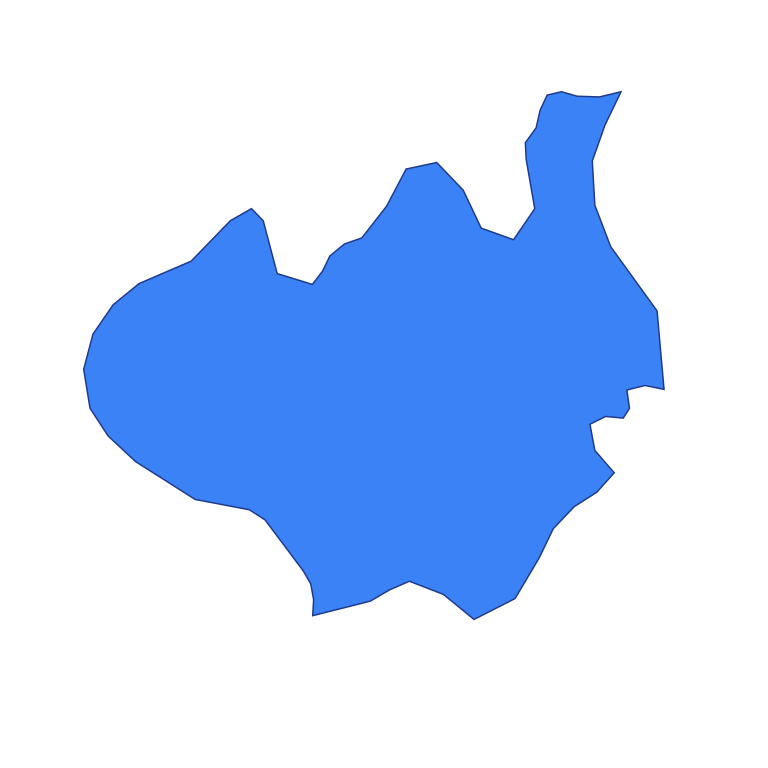 outline of Cəlilabad, rotated 348°
{"feature_id": "AZE-1700", "entity_name": "Cəlilabad", "entity_type": "District", "adm_level": 1, "iso_a3": "AZE", "parent_name": "Azerbaijan", "parent_adm1": "", "projection": "albers", "projection_center": [48.489, 39.203], "detail": "fine", "context": "isolated", "style": "filled", "palette": "blue", "viewbox_px": 768, "rotation_deg": 348, "n_neighbors": 0, "source": "natural_earth", "source_scale": "10m", "svg_char_len": 949}
<svg xmlns="http://www.w3.org/2000/svg" viewBox="0 0 768 768"><g transform="rotate(348 384 384)"><path d="M266.1,595.8L270.3,580.4L270.8,564.4L266.1,549.9L239.4,492.2L226.1,479.0L175.3,457.7L124.8,408.2L103.3,377.4L91.4,346.6L93.3,307.2L109.7,274.7L135.5,250.2L165.4,234.8L221.0,223.7L267.7,192.3L290.8,184.9L299.8,199.2L302.5,253.8L334.6,271.7L347.4,260.8L357.7,247.5L374.4,238.8L392.7,236.5L423.6,210.5L450.4,178.3L481.6,178.3L501.8,210.9L511.5,251.8L540.7,269.8L567.9,243.9L569.8,193.7L572.4,177.4L586.1,165.0L593.6,148.7L603.7,135.3L618.4,135.0L632.6,142.6L654.3,148.0L676.6,147.4L653.9,176.8L634.1,209.2L627.4,253.0L634.3,296.9L666.3,369.3L656.8,447.5L638.9,439.7L620.3,440.4L619.1,458.8L610.9,467.1L593.9,461.8L577.1,466.2L576.4,492.8L590.7,518.7L569.8,534.0L544.6,543.5L519.5,560.7L499.6,586.4L467.6,621.1L423.1,633.0L398.4,602.2L367.8,582.2L346.6,586.5L325.7,593.5L266.1,595.8Z" fill="#3b82f6" stroke="#1e3a8a" stroke-width="1.5"/></g></svg>